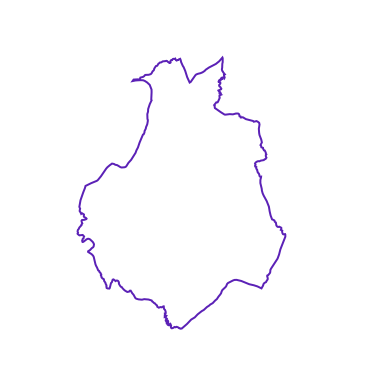 the district of Ou Chum, Rôtânôkiri, Cambodia, rotated 125°
{"feature_id": "14789045B56033797709996", "entity_name": "Ou Chum", "entity_type": "district", "adm_level": 2, "iso_a3": "KHM", "parent_name": "Cambodia", "parent_adm1": "Rôtânôkiri", "projection": "albers", "projection_center": [107.039, 13.843], "detail": "fine", "context": "isolated", "style": "outline", "palette": "violet", "viewbox_px": 384, "rotation_deg": 125, "n_neighbors": 0, "source": "geoboundaries", "source_scale": "gbopen_adm2", "svg_char_len": 6037}
<svg xmlns="http://www.w3.org/2000/svg" viewBox="0 0 384 384"><g transform="rotate(125 192 192)"><path d="M309.8,122.1L303.0,120.4L297.0,119.5L293.1,117.8L289.0,117.2L284.0,115.7L281.9,114.7L277.7,113.8L275.2,112.8L273.7,112.5L271.2,111.3L267.6,110.8L265.4,110.2L262.5,110.3L259.9,110.1L258.3,110.1L256.4,110.7L254.9,110.9L250.6,110.0L249.4,110.0L247.2,110.5L245.9,110.3L241.0,107.7L239.7,106.8L238.4,105.1L236.6,100.6L234.7,92.2L232.9,87.8L231.8,84.2L231.1,79.8L227.9,80.1L226.5,80.6L225.9,80.6L224.9,80.5L223.4,79.7L221.9,79.9L220.5,79.9L219.9,80.0L219.1,80.6L217.7,82.3L217.0,82.4L216.5,81.9L213.7,81.7L212.9,81.9L210.8,83.1L209.5,83.3L197.5,83.7L193.3,84.8L188.3,86.7L175.1,89.9L173.4,91.1L173.1,91.6L174.3,92.9L174.3,93.4L173.7,94.5L172.5,95.7L171.9,95.9L172.1,97.5L171.2,97.6L170.2,98.2L170.1,98.7L170.4,100.7L171.1,101.2L171.4,101.8L171.4,102.6L171.0,103.7L168.9,105.8L169.0,106.4L168.8,107.3L168.1,108.0L168.1,109.1L168.5,110.7L166.1,114.2L163.3,117.3L159.9,120.6L156.6,125.6L153.9,131.1L152.6,133.3L150.8,135.5L149.4,136.7L145.5,141.1L142.9,142.9L140.5,143.8L139.8,144.2L140.4,144.8L140.1,146.0L139.4,146.6L138.5,147.9L138.5,148.4L138.1,149.6L137.4,150.2L137.2,150.8L136.3,151.5L136.1,152.6L135.5,153.2L134.6,153.7L134.9,154.7L134.4,155.4L133.3,155.5L132.6,156.7L131.4,156.8L130.0,156.3L128.8,155.5L128.2,154.4L126.9,153.7L124.7,151.5L123.6,151.3L122.9,150.7L121.2,150.7L120.6,151.8L119.5,152.7L118.5,152.7L118.3,153.4L117.4,154.2L116.7,155.4L116.3,156.2L116.6,156.9L115.8,158.5L115.1,159.2L115.6,160.8L114.5,162.0L114.3,162.8L111.3,163.2L109.3,165.4L106.6,169.4L105.2,170.8L101.9,173.5L98.0,175.4L96.8,176.7L96.7,178.3L96.9,179.8L99.0,181.7L98.8,182.7L101.4,189.7L101.6,193.0L101.8,193.5L102.5,194.1L103.0,194.8L102.3,195.5L102.7,196.5L101.3,198.0L101.3,199.3L102.5,201.0L104.9,203.0L106.6,205.8L109.4,208.9L109.9,209.8L110.1,214.3L110.1,221.4L108.9,222.6L108.2,222.9L108.1,223.7L104.6,223.5L103.9,222.5L103.1,222.5L99.0,223.3L98.4,224.0L97.1,224.9L95.8,224.1L95.9,224.8L95.4,225.0L94.8,224.9L94.5,225.5L95.1,226.3L94.7,226.6L94.1,226.4L93.9,227.3L94.0,228.0L93.7,228.6L91.1,227.1L90.6,227.2L89.8,228.9L89.7,230.2L88.9,231.1L86.9,231.0L86.1,231.6L86.2,232.5L86.6,233.2L86.4,233.5L85.2,233.8L84.4,233.7L84.1,232.7L83.2,232.7L82.7,233.3L82.2,233.3L82.5,232.6L82.0,231.9L80.7,232.6L79.6,231.7L80.1,230.8L79.5,230.9L78.2,232.6L77.6,233.1L76.8,232.6L76.1,235.0L75.6,235.9L75.5,236.5L74.8,237.5L74.2,238.0L73.0,238.5L69.6,240.7L68.1,241.3L64.8,243.6L64.4,244.2L69.3,244.7L73.4,245.9L80.3,249.5L84.0,250.9L85.6,251.1L87.9,252.0L89.8,253.2L91.6,254.8L93.2,255.9L94.4,256.2L102.6,256.2L103.7,256.7L100.7,261.8L96.7,267.0L94.5,270.5L94.0,271.8L91.9,275.3L90.4,277.0L89.7,278.1L90.8,278.8L91.7,278.9L92.2,279.6L93.1,279.9L93.2,280.8L92.4,282.2L93.0,282.4L93.2,283.1L93.7,283.7L94.2,284.0L95.3,283.9L95.7,284.6L96.3,284.8L97.1,284.7L98.2,283.8L98.9,284.0L99.3,284.5L98.9,285.1L99.2,285.9L99.2,286.8L99.0,287.4L99.3,288.3L99.9,288.7L101.8,290.9L103.4,291.5L104.4,292.6L105.3,292.7L106.1,293.1L108.5,292.9L109.6,293.8L112.6,293.7L113.7,293.2L114.7,293.2L115.7,293.5L117.9,293.2L119.1,293.4L120.8,294.7L122.9,297.4L123.6,297.6L124.5,297.6L125.9,298.2L127.9,299.9L129.4,299.5L130.1,299.8L130.8,301.0L133.4,304.3L135.2,304.3L132.9,302.1L129.9,298.3L128.5,296.1L128.1,294.4L128.0,291.6L128.5,288.1L131.3,283.9L133.5,282.3L139.8,278.3L140.0,277.7L144.2,277.0L149.2,275.5L151.4,274.1L153.8,273.3L157.7,270.4L158.3,269.5L159.4,268.8L162.2,267.5L165.4,266.8L166.6,266.2L169.3,265.8L170.5,265.1L171.7,264.8L172.5,264.7L173.1,265.1L181.5,263.3L186.6,261.8L189.8,261.4L192.3,260.7L200.6,260.3L204.6,260.8L208.1,260.6L209.3,260.7L210.3,261.3L212.3,263.7L212.7,264.9L212.9,268.6L213.7,270.5L213.8,272.0L214.6,273.8L217.2,274.7L220.2,275.5L222.0,275.7L231.4,275.6L236.4,276.0L237.5,276.4L242.5,279.6L248.1,282.7L250.4,281.9L254.6,280.9L262.7,278.6L268.7,275.8L269.4,274.9L269.8,274.1L271.4,273.5L272.2,272.9L272.6,271.7L273.5,270.2L272.5,269.9L272.4,268.2L272.4,267.6L274.0,266.7L274.3,266.2L274.1,264.0L274.3,263.1L274.8,263.0L276.5,264.2L278.0,266.0L278.9,266.0L279.6,265.4L280.7,263.8L282.1,263.9L282.5,263.5L285.8,263.9L287.2,263.6L288.5,263.7L289.8,263.2L290.2,262.8L290.7,262.0L291.7,261.9L292.0,261.5L292.1,259.4L289.9,256.9L290.3,254.9L291.4,254.7L292.1,254.3L293.1,254.6L295.0,254.0L295.7,253.0L295.1,252.4L291.5,251.3L290.4,250.8L289.6,249.8L289.3,248.6L289.4,247.6L289.8,244.8L290.3,243.5L291.0,242.3L292.9,241.4L293.9,241.3L295.6,241.9L297.9,242.2L300.2,243.1L300.7,242.7L300.5,238.6L300.9,236.5L301.6,235.2L306.6,229.6L307.5,228.2L308.4,226.4L310.0,223.9L309.9,223.0L310.1,222.5L310.5,222.2L310.8,220.5L311.4,219.9L311.4,219.4L311.6,219.0L312.7,218.7L312.8,218.2L313.2,217.6L313.6,217.4L313.9,216.9L314.2,215.4L313.9,214.7L314.1,214.1L315.4,212.7L315.9,211.0L316.7,210.2L317.0,209.3L317.4,209.0L317.5,208.6L318.1,208.0L318.6,207.9L319.6,206.8L319.4,205.8L318.5,204.3L317.8,204.3L313.1,206.1L311.9,205.9L309.3,206.7L308.6,206.1L308.8,203.5L308.1,203.3L307.5,202.6L307.3,201.9L307.3,201.3L307.9,200.1L309.1,199.2L310.0,197.3L310.4,196.0L310.2,194.8L310.6,194.0L311.1,191.6L311.2,190.0L311.0,187.7L309.7,186.4L308.5,186.3L308.0,185.6L309.2,182.9L309.7,180.9L311.3,177.7L311.4,176.5L310.6,174.2L308.9,171.2L307.2,169.7L305.0,165.9L304.0,162.8L304.5,161.8L304.4,161.3L304.7,159.5L304.5,158.6L304.9,157.2L305.0,155.6L305.9,154.6L305.8,152.8L304.4,151.9L303.8,150.6L302.7,150.2L301.9,149.6L302.2,149.2L303.1,148.6L303.9,147.6L304.1,146.4L305.2,144.9L306.2,144.1L307.0,144.6L307.6,143.8L308.3,143.8L309.2,143.2L308.5,143.1L308.1,142.0L309.1,141.9L309.4,142.2L310.1,142.3L310.2,140.0L312.1,140.0L312.5,139.7L312.7,139.1L312.4,138.4L311.2,138.4L311.2,138.0L311.9,137.1L312.5,136.8L313.9,137.6L314.3,137.1L313.6,135.2L314.6,135.2L314.5,134.6L314.1,134.1L313.5,134.0L312.9,134.4L312.4,134.3L312.5,133.9L313.5,132.4L314.6,132.0L314.9,131.7L315.3,131.0L315.2,130.3L313.7,129.2L312.9,129.1L312.4,128.7L312.2,127.8L311.2,127.2L310.8,125.4L311.0,124.7L310.7,124.3L310.7,123.2L310.0,122.7L309.8,122.1Z" fill="none" stroke="#5b21b6" stroke-width="2"/></g></svg>